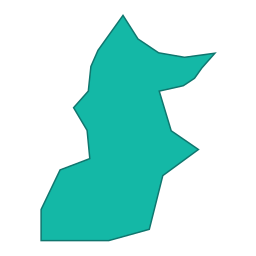 outline of Saint Peter
{"feature_id": "ATG-5094", "entity_name": "Saint Peter", "entity_type": "Parish", "adm_level": 1, "iso_a3": "ATG", "parent_name": "Antigua and Barbuda", "parent_adm1": "", "projection": "orthographic", "projection_center": [-61.741, 17.101], "detail": "fine", "context": "isolated", "style": "filled", "palette": "teal", "viewbox_px": 256, "rotation_deg": 0, "n_neighbors": 0, "source": "natural_earth", "source_scale": "10m", "svg_char_len": 397}
<svg xmlns="http://www.w3.org/2000/svg" viewBox="0 0 256 256"><path d="M88.3,91.1L90.9,66.5L98.0,50.3L123.0,15.4L138.0,39.0L158.6,52.8L184.5,57.3L214.9,53.2L201.9,67.9L194.5,78.3L183.3,85.7L159.2,91.1L171.2,130.8L198.4,149.5L162.8,175.6L149.3,229.3L108.7,240.6L41.1,240.6L41.1,209.5L60.1,169.9L89.8,158.6L87.1,130.4L73.6,107.7L88.3,91.1Z" fill="#14b8a6" stroke="#0f766e" stroke-width="1.5"/></svg>